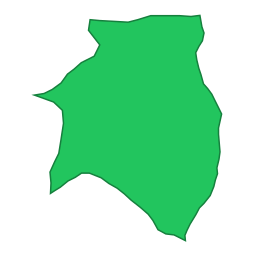 outline of Knodara, Cyprus
{"feature_id": "46923920B61069170158691", "entity_name": "Knodara", "entity_type": "district", "adm_level": 2, "iso_a3": "CYP", "parent_name": "Cyprus", "parent_adm1": "", "projection": "albers", "projection_center": [33.657, 35.266], "detail": "fine", "context": "isolated", "style": "filled", "palette": "green", "viewbox_px": 256, "rotation_deg": 0, "n_neighbors": 0, "source": "geoboundaries", "source_scale": "gbopen_adm2", "svg_char_len": 1020}
<svg xmlns="http://www.w3.org/2000/svg" viewBox="0 0 256 256"><path d="M199.9,15.4L191.0,16.5L179.7,15.7L170.1,15.7L161.2,15.7L150.7,15.7L137.8,19.7L128.1,22.2L114.4,21.4L99.8,20.6L90.1,19.7L88.5,30.3L99.8,44.9L94.2,56.2L81.3,62.7L74.0,69.2L67.5,74.1L61.1,83.0L52.2,89.5L44.1,93.5L34.4,95.1L53.6,102.0L62.4,110.3L63.5,123.3L60.9,140.4L58.8,153.4L54.7,161.7L50.0,172.1L51.0,183.0L50.5,193.4L55.1,190.4L60.3,187.2L68.1,180.9L75.3,177.3L81.5,173.1L89.3,173.1L101.2,177.8L108.9,183.5L117.2,188.2L124.4,193.9L131.1,200.1L140.4,207.4L148.2,214.2L152.9,220.4L158.0,229.7L165.8,233.9L174.0,234.9L185.4,240.6L184.9,235.4L187.0,230.3L190.1,224.0L195.8,214.7L199.4,207.9L204.0,203.3L210.2,195.5L213.8,186.6L215.4,179.9L217.5,173.7L216.9,167.9L219.0,159.1L220.0,151.9L219.5,146.1L218.5,134.2L218.5,128.0L221.6,114.0L218.5,107.7L214.9,100.5L211.8,94.2L207.6,88.5L203.5,83.9L200.9,74.5L198.8,68.3L196.8,60.0L195.7,52.7L198.8,46.5L202.4,40.8L204.0,33.0L201.9,26.8L199.9,15.4Z" fill="#22c55e" stroke="#15803d" stroke-width="1.5"/></svg>